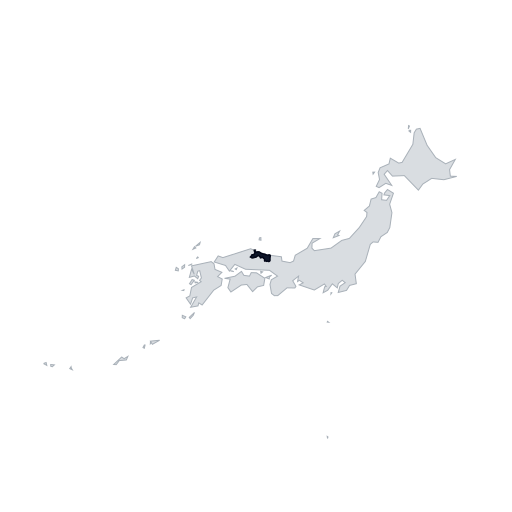 Tottori highlighted on a map of Japan, rotated 22°
{"feature_id": "JPN-1825", "entity_name": "Tottori", "entity_type": "Prefecture", "adm_level": 1, "iso_a3": "JPN", "parent_name": "Japan", "parent_adm1": "", "projection": "albers", "projection_center": [133.728, 35.325], "detail": "fine", "context": "in_parent", "style": "filled", "palette": "ink", "viewbox_px": 512, "rotation_deg": 22, "n_neighbors": 0, "source": "natural_earth", "source_scale": "10m", "svg_char_len": 5453}
<svg xmlns="http://www.w3.org/2000/svg" viewBox="0 0 512 512"><g transform="rotate(22 256 256)"><path d="M353.0,145.1L359.9,146.3L360.5,157.9L365.8,164.9L369.4,179.5L368.9,185.0L364.6,191.3L364.0,197.6L359.3,199.1L357.6,202.4L359.4,220.1L354.6,235.7L359.4,244.1L353.8,248.2L352.8,254.0L345.9,259.0L345.2,252.5L348.7,247.3L345.0,246.2L342.6,250.7L343.3,255.1L337.2,253.2L335.3,260.9L332.0,264.9L331.2,258.8L332.5,257.9L329.9,256.3L322.8,265.7L306.9,266.6L309.8,263.2L305.3,262.3L304.1,264.1L303.0,258.7L299.3,265.2L304.4,269.2L304.0,271.1L296.7,273.9L291.0,284.6L287.9,285.9L284.4,284.9L279.6,277.1L279.1,272.3L283.5,266.6L273.9,264.2L251.3,272.2L239.5,271.7L237.0,280.0L231.3,276.2L219.5,277.2L220.9,270.1L225.9,269.9L248.3,251.3L263.2,251.5L279.8,247.2L282.0,251.0L290.1,249.4L292.7,246.6L292.1,240.6L300.6,229.6L302.2,218.5L308.7,215.9L303.2,223.1L304.9,227.8L308.1,229.2L322.6,220.6L329.7,209.4L336.0,204.7L341.1,190.9L343.8,178.0L342.6,174.1L339.2,173.2L342.4,167.2L341.4,160.1L345.3,156.9L346.2,150.3L349.4,150.6L351.4,156.8L356.2,155.5L357.4,149.9L351.7,151.4L351.6,149.5L353.0,145.1ZM385.8,97.5L397.3,99.5L404.6,91.8L403.1,103.4L406.3,109.2L412.3,107.0L401.6,114.9L389.8,118.2L383.7,126.8L381.9,134.1L363.4,125.9L352.6,130.8L345.9,127.5L344.2,132.2L355.4,139.7L349.1,140.0L344.5,146.5L341.4,146.4L341.9,138.8L338.0,132.8L338.0,127.7L344.8,120.8L343.9,115.0L353.5,116.4L356.4,114.5L359.6,93.7L356.5,82.5L357.2,78.3L360.3,76.2L373.2,89.3L385.8,97.5ZM223.0,283.8L230.5,283.9L228.1,289.5L233.3,290.0L234.7,296.4L229.6,303.5L224.4,321.6L220.5,320.9L220.9,324.0L214.6,328.0L216.3,316.2L213.0,318.5L213.3,325.2L206.9,321.0L209.6,317.8L208.0,309.3L214.8,300.4L212.8,299.7L213.6,296.8L209.3,290.7L207.7,291.9L208.2,296.2L210.4,296.3L210.5,298.9L206.4,297.6L202.2,300.8L201.2,292.4L205.6,296.1L199.9,289.3L216.6,278.0L220.0,279.0L223.0,283.8ZM262.8,271.4L272.6,273.4L274.1,280.4L268.9,284.1L266.2,290.3L258.2,285.8L253.3,288.4L246.2,298.8L241.8,295.9L240.7,287.1L235.2,288.5L244.1,282.6L248.3,275.7L252.0,278.5L257.5,277.1L257.8,273.2L262.8,271.4ZM174.7,401.0L168.4,404.2L167.1,409.1L164.7,409.9L169.3,400.0L172.2,400.6L174.8,397.1L174.7,401.0ZM325.3,205.9L320.8,210.1L320.9,205.8L324.2,201.6L323.7,205.8L325.3,205.9ZM198.2,370.2L193.0,376.7L190.0,374.5L198.2,370.2ZM206.5,306.9L204.7,306.6L205.6,301.8L207.9,301.6L206.5,306.9ZM276.8,272.3L273.0,272.3L277.7,267.9L276.3,270.4L276.8,272.3ZM213.3,340.9L210.7,340.8L209.9,338.6L213.7,338.7L213.3,340.9ZM199.4,266.8L196.3,269.6L199.1,264.3L199.4,266.8ZM218.4,338.7L217.1,337.9L220.1,331.4L220.0,334.6L218.4,338.7ZM186.3,296.4L188.8,296.9L189.5,298.9L186.6,299.5L186.3,296.4ZM197.2,271.1L195.0,273.4L195.5,270.4L197.2,271.1ZM103.0,435.8L99.7,435.4L99.7,434.8L101.3,433.4L103.0,435.8ZM254.7,239.5L252.8,239.9L252.4,237.9L253.6,237.1L254.7,239.5ZM192.3,295.8L191.3,293.8L193.1,290.8L194.0,293.2L192.3,295.8ZM109.8,432.5L108.6,435.0L107.0,435.1L106.3,433.5L109.8,432.5ZM187.0,383.4L185.5,383.2L185.8,380.3L186.5,380.1L187.0,383.4ZM353.0,83.4L351.1,82.9L350.9,82.1L352.3,81.5L353.0,83.4ZM212.2,302.1L209.7,303.7L209.0,302.9L212.2,302.1ZM333.9,136.2L332.9,134.5L334.5,133.8L333.9,136.2ZM237.9,279.4L239.4,278.8L241.3,278.8L237.9,279.4ZM349.6,78.0L349.6,81.1L348.6,77.9L349.6,78.0ZM198.9,288.4L196.8,290.2L199.8,287.1L198.9,288.4ZM128.3,430.3L125.5,430.2L126.0,427.9L126.7,429.1L128.3,430.3ZM203.1,279.2L201.6,280.7L202.3,278.7L203.1,279.2ZM268.1,268.2L267.1,270.1L266.1,268.5L268.1,268.2ZM191.3,375.8L190.9,377.0L190.4,375.5L191.3,375.8ZM340.1,261.7L339.7,263.2L339.3,261.8L340.1,261.7ZM202.0,315.1L200.7,315.4L201.9,314.3L202.0,315.1ZM242.8,274.3L242.8,276.0L241.6,275.8L242.8,274.3ZM348.2,290.2L346.8,290.6L346.8,289.8L348.2,290.2ZM390.5,396.8L390.7,398.4L389.6,396.6L390.5,396.8Z" fill="#d9dde1" stroke="#a8b0b8" stroke-width="1"/><path d="M253.0,251.0L253.1,251.4L253.1,251.6L253.6,251.9L254.0,252.2L254.5,252.3L254.8,252.3L255.0,252.4L255.3,252.3L255.6,251.7L256.3,251.4L256.8,251.2L257.6,251.0L258.3,251.2L259.7,251.5L262.2,251.3L263.6,250.9L263.9,251.2L265.9,251.0L266.8,250.8L267.1,250.6L267.4,250.5L267.5,250.1L268.2,249.9L268.4,249.9L268.5,249.9L269.0,250.2L269.3,250.8L269.7,252.6L270.0,253.3L270.1,253.6L270.2,253.9L270.5,254.4L270.6,254.6L270.6,254.9L270.6,255.2L270.6,255.5L270.4,255.9L270.0,256.3L269.8,256.4L269.6,256.4L269.4,256.4L269.0,256.2L268.3,256.6L268.0,256.9L267.8,257.0L267.6,257.0L267.4,256.9L267.2,256.9L266.9,257.0L266.1,257.3L265.9,257.4L265.7,257.1L265.6,256.9L265.6,256.7L265.4,256.3L265.3,256.0L265.0,255.7L264.6,255.4L263.5,255.2L263.4,255.1L263.5,254.9L263.4,254.7L263.0,254.6L262.7,254.6L262.4,254.7L262.3,254.8L262.2,255.0L261.6,255.4L261.4,255.5L261.3,255.8L261.1,256.0L260.8,256.0L260.4,255.5L260.2,255.4L260.0,255.2L259.7,255.1L257.9,254.6L257.7,254.7L257.5,254.8L257.3,255.3L257.1,255.9L257.0,256.0L256.9,256.2L256.8,256.3L256.6,256.4L256.5,256.6L256.5,256.8L256.5,257.0L256.4,257.1L255.7,257.5L255.0,257.5L254.8,257.6L254.8,257.9L254.8,258.0L254.7,258.4L254.4,258.5L253.7,258.9L253.4,258.9L253.3,259.0L253.1,259.3L252.6,259.1L251.7,259.1L251.2,259.0L251.5,258.1L251.8,257.5L251.8,257.2L251.7,256.8L251.7,256.6L251.8,256.5L252.0,256.3L253.2,255.8L253.5,255.5L253.6,255.3L253.6,255.0L253.6,254.4L253.7,253.5L253.7,253.4L253.8,253.3L253.9,253.2L254.0,253.1L253.9,253.0L253.9,252.9L253.4,252.7L252.9,252.3L252.8,252.2L252.7,252.0L252.7,251.9L252.6,251.7L252.3,251.4L252.2,251.3L252.3,251.2L253.0,250.9L253.0,251.0Z" fill="#0f172a" stroke="#020617" stroke-width="1.5"/></g></svg>